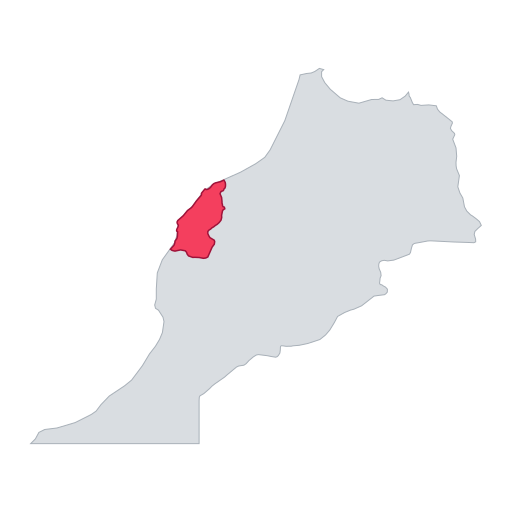 where Doukkala - Abda sits in Morocco
{"feature_id": "MAR-1457", "entity_name": "Doukkala - Abda", "entity_type": "Region", "adm_level": 1, "iso_a3": "MAR", "parent_name": "Morocco", "parent_adm1": "", "projection": "natural_earth1", "projection_center": [-8.625, 32.606], "detail": "fine", "context": "in_parent", "style": "filled", "palette": "rose", "viewbox_px": 512, "rotation_deg": 0, "n_neighbors": 0, "source": "natural_earth", "source_scale": "10m", "svg_char_len": 3764}
<svg xmlns="http://www.w3.org/2000/svg" viewBox="0 0 512 512"><path d="M35.4,438.9L38.9,432.4L44.7,429.5L56.9,428.0L75.1,422.6L91.4,414.4L96.1,411.1L101.0,404.6L109.3,396.0L124.6,385.8L131.6,380.1L142.4,365.7L149.5,353.9L155.4,346.3L159.5,339.5L162.4,332.6L164.0,321.6L163.0,317.2L158.5,310.2L155.5,308.3L154.7,305.0L156.3,299.1L156.3,289.0L157.3,272.9L162.3,259.8L174.5,242.8L176.8,235.8L178.2,224.6L178.3,220.7L193.5,204.9L202.4,192.8L205.4,189.8L213.2,184.3L240.5,172.2L255.9,163.6L264.8,157.3L270.1,149.9L284.8,120.7L299.0,79.6L300.1,74.9L306.6,73.5L311.2,73.0L314.8,71.5L319.4,68.4L323.7,69.6L321.6,71.7L321.6,76.7L324.8,82.7L330.3,89.3L340.2,97.8L347.9,101.2L358.9,103.2L371.6,99.5L378.7,99.4L382.1,97.8L385.9,100.2L393.1,100.9L400.0,99.7L405.2,96.1L408.5,92.1L409.0,94.1L409.2,96.2L410.3,97.5L412.4,102.7L413.6,104.7L417.5,104.4L421.0,105.4L428.8,104.9L436.3,105.8L437.5,109.2L439.7,111.9L447.5,118.0L452.2,121.8L452.4,123.1L451.0,126.2L450.4,128.3L451.6,130.6L454.5,133.4L454.8,134.7L454.1,136.2L452.7,139.2L456.0,147.9L456.7,156.3L456.0,162.3L456.1,165.8L456.6,168.8L459.4,175.6L457.8,186.8L459.9,193.0L462.8,198.0L464.5,206.9L466.8,211.1L470.5,214.8L472.5,216.0L476.6,219.1L479.5,221.6L481.3,225.4L477.7,228.6L474.9,231.4L474.2,234.4L475.6,239.2L475.7,241.8L473.9,242.7L466.4,242.4L460.5,242.2L453.8,242.0L444.3,241.5L438.4,241.2L430.3,240.8L427.5,241.0L420.2,242.4L415.0,243.3L414.1,243.6L412.5,244.8L411.4,248.3L410.5,252.4L409.4,254.2L393.8,260.1L387.7,260.9L384.2,260.3L381.6,260.8L379.5,262.1L378.8,264.0L378.7,266.4L379.2,268.9L380.7,272.3L381.1,275.7L380.1,278.1L379.9,280.5L379.5,283.2L380.3,284.6L381.8,284.8L383.4,286.0L385.5,287.1L387.4,289.2L387.3,292.1L385.8,293.8L384.5,294.7L378.7,295.4L374.0,296.1L368.0,300.8L361.6,305.8L353.9,309.2L350.5,310.1L344.6,312.5L337.6,316.4L334.2,322.8L329.8,330.0L325.6,334.9L319.9,339.5L314.5,341.3L307.7,343.5L299.2,345.3L293.1,345.8L291.3,346.2L286.0,346.3L283.4,345.9L281.4,345.7L280.6,346.3L280.4,347.4L280.3,350.0L279.9,353.0L278.3,355.6L277.1,356.7L275.7,357.2L271.2,356.5L267.4,355.7L258.5,354.6L256.7,354.9L256.0,355.2L253.3,356.9L249.0,360.5L246.1,363.7L243.9,365.2L238.7,366.0L236.4,367.1L226.8,375.1L224.7,377.0L214.8,383.9L211.9,386.2L209.7,388.5L203.8,393.6L200.0,395.8L199.3,397.1L199.1,400.3L199.1,407.2L199.1,413.8L199.1,423.4L199.1,433.0L199.1,443.6L30.7,443.6L35.4,438.9Z" fill="#d9dde1" stroke="#a8b0b8" stroke-width="1"/><path d="M170.4,249.2L173.8,245.5L174.3,244.6L174.5,243.9L175.0,242.1L175.0,241.3L175.2,240.8L176.6,239.0L177.1,237.8L177.4,236.4L177.6,231.7L177.4,231.5L176.7,231.1L176.6,230.8L176.7,229.8L176.9,229.1L177.9,227.1L178.2,226.2L178.3,225.3L178.0,224.5L177.6,224.1L177.3,223.4L177.1,222.7L177.1,221.9L177.8,220.5L183.3,215.7L187.5,210.5L191.1,207.9L192.3,206.7L196.5,200.8L201.1,195.5L201.4,195.0L201.5,194.4L201.4,193.4L201.8,192.8L204.8,189.1L205.1,188.9L205.4,189.0L205.8,189.4L206.1,189.5L207.0,189.5L207.7,189.3L209.0,188.6L210.4,187.5L212.5,184.7L213.9,183.6L215.4,182.9L220.4,181.7L223.9,180.1L224.0,180.2L225.2,182.4L225.5,184.0L225.5,186.1L225.0,188.0L224.2,188.7L223.8,189.5L223.6,190.1L223.0,190.8L222.0,191.1L221.0,191.6L220.5,192.6L220.0,193.7L221.6,197.5L222.0,201.5L222.0,203.2L222.4,204.2L222.4,205.2L222.7,206.0L223.1,206.7L223.9,206.9L224.4,207.3L224.8,208.8L223.2,209.8L222.5,210.9L221.6,215.3L221.7,217.6L221.0,220.2L219.1,222.6L217.1,224.4L215.3,225.5L213.6,226.9L212.1,227.7L210.6,229.1L209.2,229.9L207.8,231.5L207.8,233.6L208.7,235.6L209.9,237.6L214.2,240.2L214.7,241.6L214.3,244.2L212.1,247.2L207.8,257.0L205.8,258.0L203.4,258.3L199.2,257.5L194.8,257.3L192.7,257.4L188.5,255.9L187.1,254.0L186.6,252.4L185.3,250.8L180.5,249.9L175.0,251.1L173.1,250.7L171.9,250.3L170.5,249.3L170.4,249.2Z" fill="#f43f5e" stroke="#9f1239" stroke-width="1.5"/></svg>